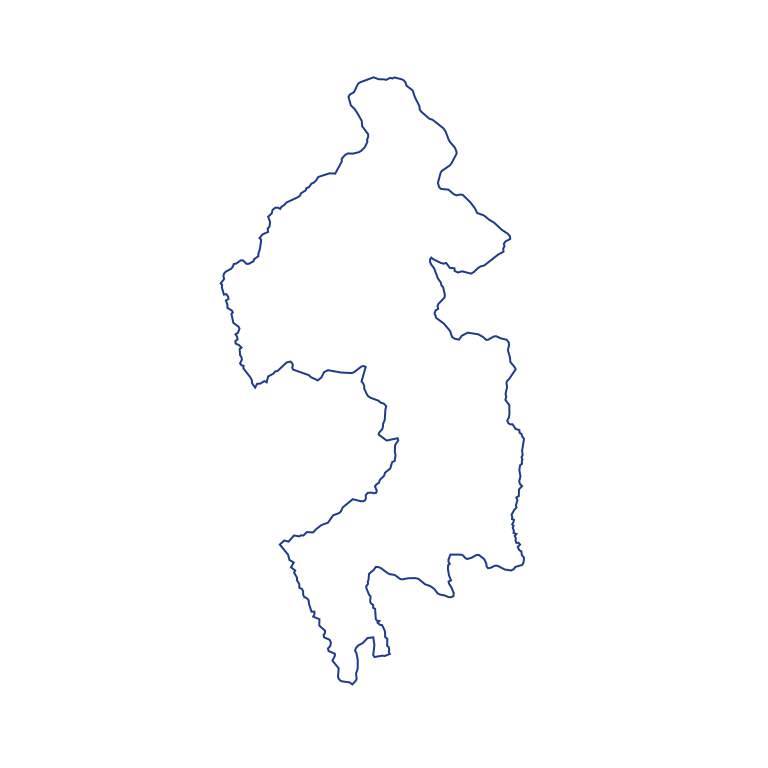 Coração de Jesus, Minas Gerais, Brazil, rotated 287°
{"feature_id": "56859067B17477073660102", "entity_name": "Coração de Jesus", "entity_type": "district", "adm_level": 2, "iso_a3": "BRA", "parent_name": "Brazil", "parent_adm1": "Minas Gerais", "projection": "orthographic", "projection_center": [-44.426, -16.615], "detail": "fine", "context": "isolated", "style": "outline", "palette": "blue", "viewbox_px": 768, "rotation_deg": 287, "n_neighbors": 0, "source": "geoboundaries", "source_scale": "gbopen_adm2", "svg_char_len": 6144}
<svg xmlns="http://www.w3.org/2000/svg" viewBox="0 0 768 768"><g transform="rotate(287 384 384)"><path d="M342.9,261.8L347.2,262.7L348.2,265.6L351.8,268.7L351.3,271.3L357.3,271.0L361.7,275.3L364.1,276.2L365.5,278.5L376.2,284.6L378.1,288.0L376.8,290.3L375.1,291.4L373.0,291.4L371.2,292.8L370.5,309.6L369.2,311.9L368.1,319.6L371.9,322.2L377.8,323.2L380.8,326.3L382.4,339.4L385.0,349.9L386.5,351.9L394.0,357.2L395.2,359.0L395.0,361.5L379.8,361.8L378.7,363.7L376.5,365.6L373.7,366.5L369.5,370.3L367.8,372.2L366.9,375.2L366.4,383.7L365.2,386.3L365.2,389.6L363.3,392.7L359.9,392.8L349.9,395.2L345.6,394.8L342.7,395.5L340.4,395.5L336.1,393.6L334.1,393.6L330.7,403.1L336.1,412.8L334.3,414.1L328.9,412.5L322.8,414.0L319.1,415.9L313.6,416.7L311.5,414.6L305.0,414.7L299.5,410.9L296.2,410.9L291.1,408.1L288.1,408.0L285.8,406.1L283.4,405.3L280.0,408.2L277.8,408.4L276.6,406.5L276.5,403.8L275.1,400.2L272.3,399.0L269.4,400.1L267.3,399.9L265.8,398.5L265.1,395.8L264.7,387.8L253.9,380.6L249.6,380.0L247.5,378.9L243.5,373.7L235.0,371.0L230.8,365.4L225.4,361.6L221.3,359.6L219.8,353.5L215.5,351.2L215.0,348.9L213.5,347.5L212.8,342.2L205.3,338.8L205.2,334.4L200.0,331.3L192.7,342.2L188.1,345.0L186.9,349.9L181.5,348.7L179.7,353.6L177.3,353.2L173.4,357.4L170.8,358.2L168.0,361.4L164.3,362.7L164.1,365.3L162.1,367.3L159.2,368.1L157.1,369.8L156.5,373.0L155.1,375.2L151.9,376.5L145.0,381.3L146.0,383.9L143.9,384.8L140.8,384.3L140.2,391.0L134.0,392.8L130.8,399.8L128.4,400.3L126.3,399.6L124.2,400.8L123.5,406.8L121.2,408.8L117.6,409.2L114.7,407.7L112.4,409.1L111.7,415.8L109.8,416.5L104.3,415.6L98.9,423.8L91.0,425.5L89.1,426.6L87.6,428.9L87.4,431.1L88.6,438.4L87.4,441.5L91.8,443.7L93.9,444.1L98.9,441.9L103.9,442.1L112.7,439.5L118.7,436.2L120.5,434.3L123.4,434.4L126.3,435.7L130.2,439.5L136.2,442.5L138.6,447.8L131.7,451.1L121.7,452.9L120.1,454.7L123.7,461.7L124.0,464.0L127.5,468.5L129.3,467.0L132.0,466.5L133.7,465.5L134.6,463.5L141.3,461.7L142.3,459.1L147.2,457.5L149.2,456.1L152.9,452.6L152.5,450.5L153.8,447.7L155.9,448.8L155.5,446.7L156.8,444.9L166.4,441.2L166.8,439.0L169.6,438.2L170.3,435.7L172.1,434.3L177.0,433.2L178.1,431.3L183.4,427.0L185.4,426.1L188.2,427.2L190.1,426.3L192.5,426.4L198.1,425.2L203.2,428.5L206.6,429.6L207.3,432.2L207.0,435.0L204.4,442.1L203.8,444.9L204.5,450.0L202.3,456.5L202.5,458.7L205.3,463.9L207.4,470.2L207.8,473.8L204.5,481.8L204.3,487.2L202.8,491.9L199.5,496.4L199.0,499.0L199.5,503.9L199.1,508.3L199.7,510.4L201.4,512.4L204.3,511.9L209.2,507.9L212.0,504.6L214.0,503.5L215.8,505.5L220.0,502.1L225.8,499.2L229.7,498.3L231.2,499.5L232.7,497.7L235.0,497.0L240.3,497.4L243.4,507.8L243.0,510.2L241.6,511.9L240.9,514.6L243.4,518.5L247.6,522.5L248.3,524.7L245.8,531.1L242.1,534.4L239.4,535.5L238.2,537.4L239.4,539.7L242.6,543.1L243.4,545.6L241.9,553.8L242.9,560.3L245.1,562.3L247.5,563.1L251.4,569.1L254.1,569.6L258.7,568.8L260.7,565.8L264.0,564.4L264.7,561.9L267.3,559.5L270.2,561.1L271.5,559.2L270.8,556.9L272.8,555.5L275.2,555.1L277.0,553.4L279.3,554.5L279.5,551.4L281.9,551.0L284.1,549.1L286.2,549.4L287.2,547.6L289.9,548.2L292.1,548.0L292.3,545.9L294.4,545.5L296.2,544.2L301.8,545.4L304.5,546.8L306.7,545.6L311.9,545.6L314.2,543.7L316.2,545.7L322.7,543.9L326.8,545.9L328.1,543.3L330.6,541.7L335.5,541.5L341.3,538.6L346.1,537.9L348.1,539.3L350.0,538.5L352.4,538.4L354.3,536.9L356.5,537.4L360.5,535.6L372.5,533.9L374.4,531.3L376.5,530.1L376.9,528.0L379.5,526.9L379.5,522.9L383.1,518.7L382.3,516.6L382.9,514.4L384.9,512.6L388.4,513.2L391.7,512.8L400.4,510.0L404.3,504.7L407.6,504.6L409.9,503.2L417.1,502.6L420.7,500.8L423.1,500.9L424.8,502.0L436.5,505.6L438.1,504.3L442.0,498.4L446.0,496.8L452.6,492.6L457.8,492.2L460.3,491.1L462.2,488.3L461.8,482.9L462.5,477.2L461.4,475.0L456.9,470.8L456.1,468.9L458.0,464.7L459.1,459.4L457.5,448.9L452.8,444.2L448.3,442.7L448.0,438.4L448.9,435.3L453.5,432.1L454.9,430.4L459.3,423.5L462.4,414.7L466.3,411.7L469.4,411.8L471.7,413.8L474.2,412.4L476.5,412.6L484.3,416.6L487.1,416.1L493.9,412.2L495.1,410.1L497.6,408.7L500.8,404.6L509.3,398.1L511.9,394.4L514.0,392.5L516.5,391.6L518.7,392.3L517.8,394.3L516.4,402.8L516.5,406.0L518.0,408.0L514.2,413.1L515.3,417.5L512.8,418.5L512.2,422.0L514.6,425.8L515.0,434.9L517.1,437.0L522.4,440.0L524.8,442.1L526.6,445.2L541.1,455.3L545.5,459.6L548.3,458.4L551.1,458.9L553.0,457.6L555.9,458.5L559.6,462.3L562.2,461.2L563.9,458.3L566.0,451.3L570.6,441.9L571.8,436.7L574.4,430.3L574.8,423.0L578.5,419.7L582.9,413.6L587.9,404.0L587.3,401.1L585.6,398.1L585.9,395.2L588.7,388.8L587.2,381.4L588.5,379.0L592.3,376.7L602.7,376.4L604.8,377.0L612.2,383.0L614.7,384.0L625.6,386.1L627.7,385.2L630.8,382.6L634.5,376.7L636.8,374.2L643.1,369.4L645.8,366.3L650.8,353.4L651.0,349.7L655.2,340.2L656.8,338.0L660.1,336.6L667.3,329.7L673.1,325.6L675.8,318.4L678.7,316.4L680.1,314.3L680.6,312.0L680.2,304.3L678.6,302.7L678.6,300.4L675.5,297.2L675.3,294.7L673.9,289.8L674.2,284.3L665.7,273.2L663.6,271.4L654.4,270.0L650.6,266.6L648.2,266.1L640.8,270.8L638.3,275.6L634.8,279.8L629.1,285.8L624.2,287.7L618.2,295.8L615.5,296.6L612.7,296.4L610.7,297.3L604.7,296.4L600.3,294.0L598.3,292.1L595.2,286.9L593.9,282.0L591.5,279.7L586.8,277.7L584.5,278.6L570.9,275.8L569.6,270.4L562.8,260.6L559.0,259.6L555.9,257.9L554.5,256.1L550.2,254.7L548.6,252.5L546.3,252.5L542.0,248.8L539.7,248.6L537.7,247.3L528.9,237.5L526.9,236.8L523.2,234.0L521.1,233.5L521.6,231.2L520.8,228.5L518.1,226.6L514.1,226.7L510.1,224.3L505.7,227.6L501.4,228.5L498.5,227.4L495.5,228.7L491.7,224.2L487.1,222.3L486.2,224.2L483.8,224.8L477.3,225.8L471.5,225.8L469.5,226.5L465.4,223.3L463.1,223.3L459.3,219.4L458.7,217.4L461.0,212.9L460.3,210.8L456.1,207.6L454.7,205.2L452.3,205.2L449.7,204.3L445.1,199.8L442.8,198.7L440.2,198.9L437.6,200.4L432.4,198.4L431.5,200.2L429.0,200.7L422.7,204.8L423.8,206.9L422.0,209.4L419.9,210.4L417.6,208.4L414.0,211.1L411.1,211.9L409.8,217.0L408.2,218.5L406.4,217.6L398.4,222.1L396.3,228.1L394.8,229.6L390.4,229.4L388.1,227.5L386.4,229.6L384.0,230.9L381.4,229.3L379.3,230.4L378.8,233.9L377.1,237.1L375.3,235.7L369.4,238.0L368.0,239.8L365.7,241.0L361.7,240.3L360.2,242.3L360.3,244.4L357.9,244.9L351.1,254.5L349.0,256.5L346.1,257.7L342.9,261.8Z" fill="none" stroke="#1e3a8a" stroke-width="2"/></g></svg>